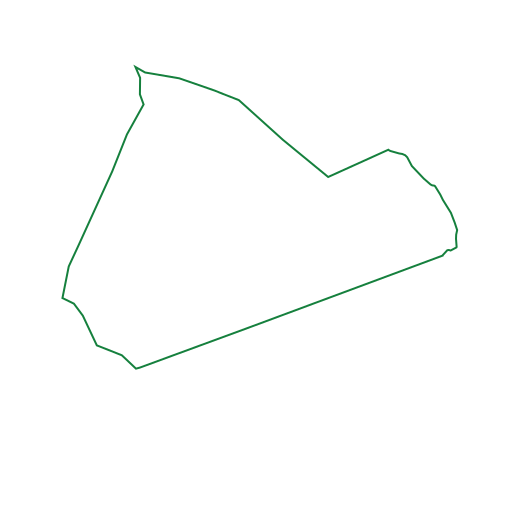 the district of Barnwell, South Carolina, United States of America, rotated 202°
{"feature_id": "52423323B69510084173682", "entity_name": "Barnwell", "entity_type": "district", "adm_level": 2, "iso_a3": "USA", "parent_name": "United States of America", "parent_adm1": "South Carolina", "projection": "robinson", "projection_center": [-81.514, 33.292], "detail": "fine", "context": "isolated", "style": "outline", "palette": "green", "viewbox_px": 512, "rotation_deg": 202, "n_neighbors": 0, "source": "geoboundaries", "source_scale": "gbopen_adm2", "svg_char_len": 766}
<svg xmlns="http://www.w3.org/2000/svg" viewBox="0 0 512 512"><g transform="rotate(202 256 256)"><path d="M419.7,144.5L407.0,143.6L394.2,135.8L370.1,113.5L343.2,113.7L325.1,106.6L321.9,109.0L234.8,187.9L83.1,326.3L83.2,326.6L80.8,333.0L79.5,333.8L77.6,334.0L73.4,339.0L73.4,339.6L77.0,346.9L78.4,350.8L79.2,355.4L84.3,361.4L91.4,369.0L103.7,378.0L108.2,382.0L116.1,387.8L117.1,388.0L119.1,387.5L121.0,387.7L129.4,390.6L145.2,397.8L152.8,404.2L155.4,405.3L158.6,405.4L161.7,404.7L170.9,403.7L172.5,403.9L173.1,404.1L218.7,356.3L274.6,373.8L330.3,394.1L347.4,393.9L356.2,393.9L393.7,392.0L427.6,384.6L438.6,386.1L430.2,377.8L424.2,362.4L417.0,354.4L421.2,320.4L421.0,280.5L424.5,199.9L425.7,176.2L419.7,144.5Z" fill="none" stroke="#15803d" stroke-width="2"/></g></svg>